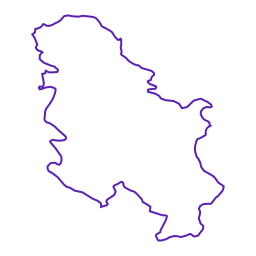 Republic of Serbia, Robinson projection
{"feature_id": "SRB", "entity_name": "Republic of Serbia", "entity_type": "country or territory", "adm_level": 0, "iso_a3": "SRB", "parent_name": "Europe", "parent_adm1": "", "projection": "robinson", "projection_center": [20.755, 44.206], "detail": "fine", "context": "isolated", "style": "outline", "palette": "violet", "viewbox_px": 256, "rotation_deg": 0, "n_neighbors": 0, "source": "natural_earth", "source_scale": "50m", "svg_char_len": 3111}
<svg xmlns="http://www.w3.org/2000/svg" viewBox="0 0 256 256"><path d="M148.1,91.8L155.7,93.9L159.1,95.9L160.9,98.5L165.7,100.2L173.5,101.0L179.0,103.7L182.0,108.2L187.0,107.1L193.9,100.5L200.7,98.7L207.4,101.9L211.0,104.5L211.7,106.6L210.1,107.4L206.4,107.0L203.4,108.3L201.0,111.2L200.7,114.3L202.4,117.6L204.7,119.9L207.8,121.2L209.5,122.9L209.7,125.1L210.5,125.7L208.8,126.7L206.9,128.2L205.8,130.8L205.6,135.1L199.7,138.4L197.4,139.0L196.4,141.2L194.9,147.3L195.2,152.0L196.0,154.4L196.4,156.3L198.3,158.7L200.1,162.3L201.3,167.1L203.9,170.8L210.6,174.5L213.9,176.6L216.3,179.7L218.2,182.5L223.7,186.2L223.3,188.8L222.1,191.4L220.9,192.6L218.2,195.9L215.6,197.8L211.2,203.7L204.3,204.0L202.7,204.5L200.1,206.1L198.8,209.0L200.1,211.3L200.0,213.7L198.8,218.4L200.5,223.3L202.9,225.6L203.3,226.9L202.9,229.2L199.3,233.9L198.2,235.6L194.6,236.5L193.3,236.1L191.4,234.4L189.7,234.0L185.3,235.9L180.9,237.0L177.4,236.2L174.0,236.0L171.6,236.8L169.8,237.1L166.3,239.2L160.6,240.6L158.0,240.3L157.0,238.4L155.9,235.7L156.5,234.4L160.2,232.3L160.6,230.2L165.8,220.3L166.8,217.1L166.8,216.0L165.4,215.3L162.6,215.3L149.9,211.3L150.4,206.7L146.7,204.2L142.7,202.0L142.0,199.5L137.5,194.5L134.3,191.7L130.1,190.3L126.5,188.3L124.4,187.0L123.4,184.7L123.4,183.3L122.3,182.0L120.6,182.1L117.7,184.0L114.0,185.6L113.4,186.7L114.7,189.5L115.6,191.2L115.2,192.9L114.1,195.0L107.1,199.7L106.3,201.3L107.7,204.0L106.8,205.2L101.0,206.9L101.2,205.5L100.8,203.2L97.5,200.7L92.8,198.8L82.4,192.3L78.4,191.4L74.8,190.7L69.7,187.6L67.0,187.0L64.1,184.8L57.8,177.3L52.4,173.2L48.7,171.1L47.7,169.1L47.5,167.0L47.6,166.3L50.4,163.3L52.6,162.9L55.4,162.8L57.2,164.3L59.6,164.6L60.9,162.7L61.6,160.0L61.3,156.5L55.6,148.3L50.7,142.7L50.1,141.4L51.2,140.4L53.0,139.8L54.8,140.3L59.6,140.7L64.3,140.1L65.9,138.8L65.9,136.9L64.2,135.2L58.8,130.5L54.6,126.4L49.7,123.2L46.0,122.0L44.9,120.4L44.4,118.7L44.9,115.5L45.1,111.5L46.0,109.0L49.4,104.3L52.6,99.3L54.6,94.4L55.7,90.0L55.3,88.7L53.6,87.7L50.1,86.8L45.3,87.6L41.1,89.2L39.5,89.3L39.0,87.3L39.7,86.5L41.0,86.6L42.0,86.9L43.2,86.0L43.9,83.3L42.2,74.0L45.3,73.2L45.4,71.8L45.7,70.7L48.8,72.3L53.3,72.3L57.2,72.0L57.8,71.1L57.8,69.7L57.0,68.7L55.6,67.9L54.6,66.6L52.0,66.0L43.7,62.7L39.7,59.1L39.8,55.3L41.0,53.3L42.5,52.5L42.1,51.8L37.4,50.1L35.8,47.7L37.2,44.5L34.8,38.2L32.3,34.3L34.8,32.6L35.2,30.2L35.4,28.9L36.4,28.9L40.5,27.3L41.9,26.0L42.8,24.4L43.8,24.1L46.5,25.7L49.3,25.9L52.5,24.8L54.9,23.4L57.8,22.1L59.1,21.3L60.8,20.0L64.1,16.2L67.9,15.4L73.0,16.3L78.5,16.7L82.6,15.8L93.0,16.9L95.2,17.8L96.7,18.8L99.4,22.1L102.0,26.4L105.7,28.3L110.0,30.7L112.2,32.4L115.5,37.5L118.1,40.0L118.9,39.9L119.8,39.2L120.4,38.7L121.1,39.2L121.1,40.7L121.3,44.2L120.7,47.9L121.6,51.3L121.6,52.4L121.0,53.4L121.1,54.3L122.0,55.2L125.5,57.5L128.8,61.0L132.6,63.5L136.1,65.1L138.3,65.2L141.9,68.1L149.1,70.2L151.3,70.9L152.9,72.0L154.1,73.4L154.1,74.9L153.0,75.6L151.5,77.5L150.9,79.9L149.7,80.6L148.6,80.6L147.8,81.3L148.0,82.3L148.9,83.3L150.4,84.3L153.3,85.2L156.1,86.5L156.1,87.5L155.5,88.7L151.9,89.1L149.2,89.3L148.0,89.8L148.1,91.8Z" fill="none" stroke="#5b21b6" stroke-width="2"/></svg>